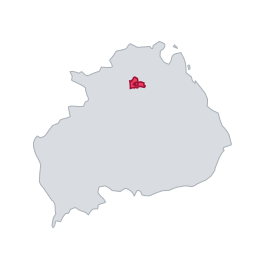 Samraong Tong, Kâmpóng Spœ, Cambodia shown in context, rotated 168°
{"feature_id": "14789045B32587408754767", "entity_name": "Samraong Tong", "entity_type": "district", "adm_level": 2, "iso_a3": "KHM", "parent_name": "Cambodia", "parent_adm1": "Kâmpóng Spœ", "projection": "albers", "projection_center": [104.483, 11.45], "detail": "fine", "context": "in_parent", "style": "filled", "palette": "rose", "viewbox_px": 256, "rotation_deg": 168, "n_neighbors": 0, "source": "geoboundaries", "source_scale": "gbopen_adm2", "svg_char_len": 5779}
<svg xmlns="http://www.w3.org/2000/svg" viewBox="0 0 256 256"><g transform="rotate(168 128 128)"><path d="M222.1,46.1L222.7,48.2L221.2,52.2L219.6,55.8L216.5,59.0L216.4,61.3L215.4,68.2L215.8,70.3L216.5,72.2L217.6,73.2L220.3,79.9L222.8,86.0L225.3,91.0L225.8,94.2L223.6,102.3L221.1,109.7L221.4,113.4L222.5,117.1L223.8,122.0L224.3,128.3L223.7,132.5L222.5,135.0L220.3,137.7L218.4,139.0L216.0,136.8L214.1,136.8L211.6,137.4L209.6,138.5L205.7,142.4L201.2,146.1L195.1,147.2L192.7,149.9L190.1,150.4L185.2,150.5L182.1,151.2L182.2,152.6L182.0,159.2L182.1,160.7L181.6,161.1L179.4,161.4L175.6,160.4L170.5,158.8L166.9,158.5L165.1,161.4L164.0,162.5L162.6,162.7L161.2,163.2L160.7,164.5L160.6,166.1L161.3,168.9L161.6,173.2L161.4,176.2L162.8,178.1L170.5,184.3L172.8,185.9L173.1,186.8L171.8,190.3L173.0,195.1L170.6,195.0L166.5,193.0L164.6,191.7L162.2,192.7L161.4,192.6L159.8,190.2L157.7,187.8L155.6,187.6L151.1,188.6L146.4,189.3L144.7,189.3L144.0,189.7L141.3,193.3L140.2,192.7L135.5,191.4L131.2,190.8L130.4,191.8L130.9,194.7L131.8,197.6L131.3,198.8L129.0,200.3L125.9,203.1L124.0,205.2L122.7,205.7L118.0,205.6L113.3,205.9L111.4,207.9L109.6,209.4L108.1,209.9L102.0,204.9L89.8,203.2L88.5,201.0L87.4,200.6L86.2,203.4L79.6,206.1L76.8,204.5L74.7,202.5L75.0,200.0L77.0,198.0L80.3,196.6L81.8,191.6L79.3,185.2L77.1,183.3L74.8,181.9L72.3,184.2L70.3,188.3L68.1,190.4L65.0,190.8L60.6,190.7L58.9,184.6L58.3,179.3L59.0,173.4L59.7,169.9L55.4,165.0L55.2,160.3L53.1,157.9L52.5,159.1L52.6,160.5L52.0,159.5L45.3,145.9L44.2,139.6L45.4,134.7L46.1,133.1L44.2,130.5L41.5,127.6L36.7,123.8L36.4,117.7L35.4,110.6L33.9,108.2L31.7,103.9L30.6,100.2L30.2,90.7L30.9,89.9L34.3,89.6L38.7,89.0L39.4,87.4L38.6,86.2L41.4,84.0L45.4,79.3L48.6,74.4L50.8,71.2L52.2,68.1L56.7,63.8L62.9,60.8L67.1,60.1L71.5,59.0L75.7,57.6L77.7,57.4L82.9,59.2L85.7,59.7L88.7,59.7L91.8,59.9L94.4,59.7L100.8,58.5L107.6,59.5L113.7,58.7L121.2,57.2L124.8,58.1L128.2,59.6L128.7,62.5L129.4,63.8L130.6,64.8L132.1,64.8L134.0,62.8L135.5,60.7L136.1,60.3L136.2,61.3L137.0,63.6L138.4,65.8L139.8,67.3L142.2,69.3L143.8,69.4L148.9,67.5L156.6,70.2L157.5,71.5L160.0,74.3L162.7,76.2L168.7,76.3L170.8,71.4L169.8,68.5L166.4,63.4L165.4,60.3L166.5,59.8L172.3,59.2L173.2,58.6L174.5,55.2L176.0,55.6L179.2,56.0L182.6,53.7L184.6,51.3L185.7,52.4L186.9,54.0L188.2,55.0L190.7,56.4L193.4,58.4L195.1,60.4L196.4,61.2L199.9,60.6L200.8,60.7L202.8,58.2L204.1,56.9L205.3,57.3L207.1,57.2L210.6,54.1L212.6,51.3L213.8,50.5L217.0,51.9L218.3,51.6L220.1,47.7L222.1,46.1ZM56.6,176.5L56.0,176.9L55.4,176.9L54.7,176.3L54.8,174.1L55.3,172.8L56.4,172.5L56.6,176.5ZM66.7,198.1L65.3,199.6L63.2,196.5L63.2,195.7L66.7,198.1Z" fill="#d9dde1" stroke="#a8b0b8" stroke-width="1"/><path d="M112.1,175.9L112.3,175.8L112.4,175.5L112.6,175.2L113.1,174.6L113.3,174.3L113.7,173.9L113.8,173.9L114.4,173.9L114.5,173.9L114.7,173.7L114.4,173.6L114.4,173.4L114.5,173.3L114.8,173.3L114.8,173.2L115.0,173.0L115.1,172.9L115.2,172.7L115.3,172.7L115.7,173.1L115.8,173.1L116.0,173.3L116.1,173.5L116.4,173.8L116.5,173.8L116.6,172.6L116.5,172.1L116.7,171.0L116.7,170.9L116.8,170.0L116.9,169.4L116.9,168.8L116.9,168.7L117.0,168.5L117.0,168.4L117.1,168.0L117.2,167.6L117.3,167.2L117.4,166.7L117.5,166.3L117.5,166.2L117.3,166.2L117.1,166.2L116.7,166.3L116.3,166.3L116.2,166.3L115.9,166.4L115.7,166.4L115.1,166.4L114.4,166.4L114.1,166.3L113.9,166.2L113.7,165.9L113.3,165.8L113.1,165.8L112.8,166.0L112.6,166.2L112.6,166.3L112.3,166.3L112.1,166.2L111.8,166.3L111.7,166.2L111.4,166.0L111.3,165.9L111.2,165.9L110.9,165.9L110.8,165.7L110.8,165.4L110.7,165.4L110.4,165.3L110.2,165.3L110.0,165.6L109.8,165.8L109.7,166.0L109.3,166.1L108.9,166.4L108.3,166.2L108.2,166.1L107.5,166.1L107.4,166.1L107.2,166.1L106.7,166.1L106.4,166.0L106.3,165.9L106.3,165.7L106.1,165.5L105.9,165.4L105.5,165.3L104.9,164.9L104.7,164.9L104.3,164.7L103.6,164.4L103.5,164.5L103.5,164.8L103.4,164.8L103.1,164.9L102.8,165.0L102.7,165.2L102.6,165.3L102.6,165.5L102.5,165.8L102.8,166.0L103.0,166.3L103.3,166.5L103.5,166.6L103.5,166.8L103.4,166.8L103.4,167.1L103.4,167.3L103.5,167.4L103.5,167.5L103.3,167.9L103.3,168.0L103.2,168.2L103.3,168.2L103.3,168.4L103.2,168.5L103.3,168.6L103.3,168.8L103.5,168.9L103.5,169.0L103.9,169.2L104.0,169.3L104.2,169.5L104.4,169.5L104.5,169.6L104.8,169.7L105.0,169.8L105.2,170.0L105.3,169.9L105.5,170.0L105.5,169.9L105.7,170.0L105.8,170.1L106.0,170.1L106.1,170.3L106.2,170.5L106.3,170.6L106.5,170.6L106.8,170.5L106.8,170.4L107.1,170.4L107.3,170.3L107.5,170.4L107.8,170.4L108.0,170.5L108.3,170.6L108.4,170.8L108.5,170.8L108.7,171.0L108.6,171.3L108.6,171.5L108.6,171.8L108.6,172.0L108.6,172.6L108.7,173.1L108.6,173.4L108.6,173.5L108.5,173.8L108.6,174.0L108.6,174.5L108.8,174.7L109.0,174.7L109.3,175.0L109.5,175.3L110.0,175.5L110.2,175.8L110.3,176.0L110.5,176.2L110.6,176.3L111.1,176.4L111.3,176.3L111.5,176.3L112.0,176.0L112.1,175.9ZM110.1,167.9L110.3,167.9L110.5,168.0L110.7,167.9L110.8,167.9L110.9,168.0L111.0,168.1L111.2,168.4L111.3,168.4L111.3,168.5L111.4,168.4L111.6,168.3L111.8,168.3L111.7,168.4L111.7,168.5L111.8,168.7L111.9,168.8L112.0,168.8L112.0,168.7L112.1,168.8L112.3,168.8L112.4,168.7L112.6,168.7L112.8,168.6L113.0,168.7L113.1,168.8L113.1,169.0L112.9,169.2L112.9,169.3L113.0,169.4L113.0,169.5L113.4,169.5L113.4,169.8L113.4,170.0L113.5,170.0L113.3,170.2L113.2,170.1L112.9,170.3L112.7,170.6L112.6,170.8L112.4,170.9L112.2,170.8L112.0,171.0L111.8,171.1L111.5,171.0L111.5,170.9L111.4,171.0L111.0,171.0L110.9,171.0L110.9,170.9L110.8,171.0L110.7,171.0L110.3,171.1L110.2,171.0L110.2,170.9L110.3,170.8L110.2,170.7L110.1,170.8L110.0,170.6L109.9,170.6L109.8,170.4L109.7,170.2L109.8,170.2L109.7,170.1L109.4,170.0L109.3,169.7L109.2,169.2L109.2,168.9L109.2,168.7L109.3,168.5L109.2,168.5L109.2,168.4L109.2,168.2L109.3,168.2L109.5,168.1L109.8,168.0L109.9,167.9L110.0,167.9L110.1,167.9Z" fill="#f43f5e" stroke="#9f1239" stroke-width="1.5"/></g></svg>